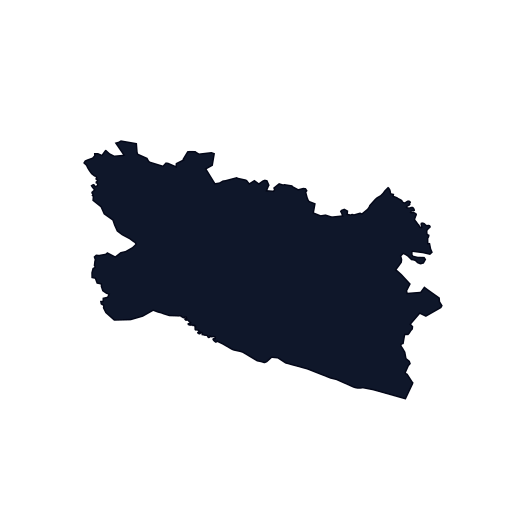 outline of Gamawa, Bauchi, Nigeria, rotated 114°
{"feature_id": "59680162B43637132059207", "entity_name": "Gamawa", "entity_type": "district", "adm_level": 2, "iso_a3": "NGA", "parent_name": "Nigeria", "parent_adm1": "Bauchi", "projection": "equal_earth", "projection_center": [10.6, 12.017], "detail": "fine", "context": "isolated", "style": "filled", "palette": "ink", "viewbox_px": 512, "rotation_deg": 114, "n_neighbors": 0, "source": "geoboundaries", "source_scale": "gbopen_adm2", "svg_char_len": 6120}
<svg xmlns="http://www.w3.org/2000/svg" viewBox="0 0 512 512"><g transform="rotate(114 256 256)"><path d="M349.3,271.6L349.2,270.8L348.6,269.1L348.5,268.3L348.7,267.8L349.6,266.7L349.7,266.4L349.6,265.9L348.7,265.2L347.8,265.4L347.8,263.5L347.3,263.0L346.7,261.8L346.7,261.3L346.5,260.7L346.8,260.2L347.5,259.8L348.1,259.6L348.2,259.8L348.3,260.2L348.7,261.0L349.4,261.4L349.7,261.2L350.3,260.3L350.8,258.7L351.0,257.8L350.4,257.1L349.6,256.9L349.8,250.5L350.9,240.3L350.9,238.7L350.8,237.8L349.5,231.6L349.2,229.0L351.2,212.3L350.3,208.2L350.0,205.4L349.8,204.8L348.2,203.3L342.1,200.6L340.1,194.6L341.6,185.4L338.2,163.3L337.1,138.2L336.0,132.3L336.0,113.6L335.8,111.8L335.3,109.7L334.1,106.9L332.8,104.9L330.4,94.5L325.6,61.5L309.0,61.1L308.0,61.3L307.7,62.1L302.6,69.9L302.6,71.3L301.9,72.3L294.1,72.3L291.7,71.5L289.9,73.2L289.8,73.5L288.8,77.3L283.4,81.0L280.9,84.5L279.3,87.1L277.4,87.6L276.1,86.1L268.9,87.9L267.1,88.2L265.9,85.3L264.1,84.7L261.2,84.3L259.1,83.6L256.9,84.3L255.6,87.4L241.6,83.2L241.8,76.4L227.9,66.2L225.8,66.0L223.2,69.8L219.9,71.6L217.0,86.0L216.2,89.4L222.3,90.7L228.8,102.7L226.5,104.4L219.0,104.0L214.0,115.6L212.3,120.8L211.9,122.8L206.6,121.6L202.7,120.8L200.2,121.5L199.0,122.4L197.2,123.9L193.8,122.7L193.7,120.4L194.1,117.5L196.0,112.4L195.5,111.1L195.3,109.6L195.2,108.5L195.7,107.2L196.3,105.6L196.2,102.9L196.0,102.3L194.9,101.1L194.3,100.3L190.3,99.9L189.1,101.8L191.6,107.8L192.5,112.7L191.4,114.2L188.7,115.3L188.0,115.0L184.9,104.7L183.6,97.9L181.0,96.8L178.6,99.4L174.2,102.5L174.9,104.1L170.0,106.4L168.3,106.2L166.8,106.6L166.8,107.9L166.3,108.9L165.2,109.5L163.5,110.3L162.8,110.3L161.0,109.8L158.7,108.8L158.2,109.1L157.8,109.8L158.0,111.0L158.5,111.6L159.0,113.3L158.1,115.3L158.1,116.4L158.3,117.4L158.9,118.2L159.7,118.1L162.3,116.2L162.8,116.4L163.1,117.1L163.2,117.9L162.7,118.2L162.4,118.9L161.6,119.9L161.0,121.4L159.7,123.5L158.6,125.8L157.7,126.1L156.8,126.3L155.9,126.3L154.8,126.4L153.2,126.4L152.6,126.7L152.3,128.0L152.2,129.4L152.7,130.6L153.2,131.4L153.4,132.0L153.2,132.6L152.7,132.6L151.8,132.4L151.2,131.9L150.9,131.3L150.8,130.8L150.5,130.4L150.0,130.0L149.2,130.5L148.8,131.0L148.3,131.7L148.0,132.7L148.5,133.9L149.5,134.8L150.1,135.9L150.4,136.6L150.5,137.8L150.2,138.4L149.4,138.4L148.5,137.9L147.5,137.0L146.4,136.5L145.5,137.1L145.0,137.1L144.3,136.9L143.8,137.5L143.7,138.4L144.0,139.4L144.7,140.0L145.7,140.7L146.5,141.1L147.0,141.6L147.3,142.3L147.3,143.2L147.1,144.3L146.2,145.3L145.9,146.6L145.8,149.7L145.5,151.0L145.6,153.6L145.9,154.6L145.4,155.3L144.6,155.3L143.9,155.5L144.0,156.3L144.4,157.0L144.4,157.6L144.1,158.4L143.6,159.0L142.4,159.7L141.2,160.7L140.0,162.5L139.9,163.1L144.1,164.7L147.0,165.3L150.2,166.5L153.6,169.0L155.8,170.0L163.6,172.5L164.9,172.4L166.3,172.6L168.0,173.0L174.6,176.3L174.6,178.3L178.8,183.3L178.8,184.2L179.0,185.1L180.2,186.3L180.9,189.7L177.8,190.7L177.5,194.3L179.6,196.4L180.8,196.7L182.2,194.9L184.2,193.1L189.3,201.9L189.8,203.4L190.4,209.1L193.1,213.3L193.4,221.2L184.4,223.4L184.7,229.7L183.8,231.2L181.7,233.3L177.4,236.7L175.8,236.2L174.5,238.1L175.1,240.2L178.4,244.4L177.9,250.9L177.4,251.7L179.4,259.2L180.2,259.9L180.7,264.2L186.6,267.2L187.9,265.9L189.8,266.3L192.2,273.0L187.4,273.2L186.1,273.1L182.9,276.6L183.3,278.7L184.8,280.2L189.1,282.7L187.9,288.1L193.0,291.5L191.0,295.2L190.9,296.3L192.6,304.5L192.4,305.4L199.8,314.6L201.0,316.6L204.2,318.9L206.8,322.9L196.9,337.4L190.9,332.9L179.6,335.8L179.8,338.7L186.2,349.5L185.8,352.7L185.5,354.0L187.7,359.1L188.6,360.7L197.2,361.8L197.8,361.2L204.0,366.3L207.1,365.2L207.2,374.1L207.8,376.0L211.9,377.4L213.6,391.4L213.0,393.0L211.2,395.3L211.2,405.6L209.5,407.0L202.1,411.0L205.9,426.1L207.9,427.5L209.9,429.9L217.5,417.5L218.0,417.9L222.6,426.1L222.3,431.5L220.8,436.0L220.9,436.3L226.9,437.6L226.9,442.1L228.2,444.9L229.9,444.0L233.1,445.0L236.9,449.0L238.7,450.6L240.9,450.9L242.0,447.7L243.9,445.5L245.7,442.9L247.6,439.6L248.5,436.0L248.3,435.2L248.4,434.4L249.4,433.2L250.2,433.5L250.7,433.4L250.9,432.3L251.0,431.7L252.4,431.4L253.3,432.0L254.1,431.7L254.0,430.9L254.6,430.0L255.6,429.4L257.0,429.9L257.9,430.9L257.8,431.7L257.1,432.5L256.9,433.3L257.5,434.0L258.7,434.8L259.4,433.8L261.3,430.2L261.9,430.4L262.7,430.9L263.6,431.2L264.5,431.7L265.4,431.1L265.6,430.5L266.3,429.7L267.2,430.0L267.6,428.8L271.4,427.5L274.0,417.5L279.2,411.8L281.3,401.3L285.2,397.7L289.5,392.9L290.9,386.9L291.5,378.3L292.4,374.4L292.8,371.9L294.0,370.2L298.6,372.1L305.0,376.8L308.0,380.8L314.0,384.0L314.2,384.6L313.7,393.0L315.6,393.9L318.9,398.8L319.2,398.9L320.3,402.2L322.6,403.2L325.2,400.8L325.9,401.1L330.4,399.7L331.2,398.5L331.6,398.3L332.3,398.6L333.7,399.7L338.0,399.0L342.3,397.0L341.6,393.7L345.3,390.1L344.4,386.0L346.1,385.0L346.6,384.9L350.0,381.8L350.8,377.6L350.6,374.6L354.1,374.7L356.8,378.3L359.7,377.1L360.7,379.2L362.6,377.9L362.9,376.7L362.7,375.4L364.4,374.3L365.1,374.3L365.6,373.9L368.7,370.1L372.1,359.4L365.1,344.7L357.0,335.1L347.3,327.9L347.0,322.7L346.4,319.4L346.3,316.9L345.6,310.9L343.0,304.6L342.2,302.5L341.4,301.1L341.1,300.2L341.7,299.7L341.6,298.6L341.8,297.9L341.9,297.3L341.4,296.4L341.0,296.4L340.5,296.3L340.3,296.0L340.2,295.1L340.3,294.7L340.6,294.4L340.9,294.0L341.4,294.0L341.7,294.2L341.7,294.7L341.8,295.0L342.6,295.2L343.1,294.2L343.0,293.7L342.3,292.6L342.3,292.2L342.6,291.2L343.2,290.1L343.3,289.7L343.2,289.1L343.3,288.6L343.6,288.6L343.9,288.8L344.3,288.7L344.7,289.0L345.2,289.9L345.5,290.3L345.9,290.1L346.1,289.9L346.1,289.5L346.0,289.0L346.0,288.3L345.0,286.3L344.9,285.7L345.1,285.2L344.5,284.6L344.3,284.2L344.3,283.9L344.9,283.4L344.7,283.0L344.8,282.7L345.6,282.2L346.0,282.3L346.1,282.5L346.3,282.5L347.3,281.9L347.8,281.7L348.0,281.4L348.0,281.1L348.0,280.9L347.4,279.9L347.3,278.3L347.4,278.0L347.8,277.7L348.0,276.3L348.2,276.2L348.8,276.2L349.1,277.1L349.2,277.8L349.4,277.9L349.7,278.0L349.8,277.9L350.0,277.7L350.0,277.4L349.9,277.2L350.2,276.3L349.9,275.8L349.8,275.7L349.4,275.8L349.2,275.5L348.6,274.9L347.9,274.6L347.8,274.4L348.0,274.0L348.9,273.4L349.5,273.3L349.7,273.1L349.2,272.2L349.2,271.8L349.3,271.6Z" fill="#0f172a" stroke="#020617" stroke-width="1.5"/></g></svg>